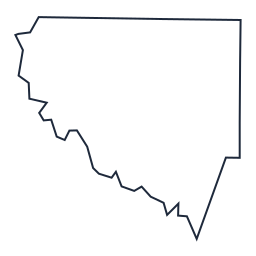 Upson, Georgia, United States of America (Equal Earth projection)
{"feature_id": "52423323B58492506722006", "entity_name": "Upson", "entity_type": "district", "adm_level": 2, "iso_a3": "USA", "parent_name": "United States of America", "parent_adm1": "Georgia", "projection": "equal_earth", "projection_center": [-84.356, 32.842], "detail": "fine", "context": "isolated", "style": "outline", "palette": "slate", "viewbox_px": 256, "rotation_deg": 0, "n_neighbors": 0, "source": "geoboundaries", "source_scale": "gbopen_adm2", "svg_char_len": 553}
<svg xmlns="http://www.w3.org/2000/svg" viewBox="0 0 256 256"><path d="M150.7,196.7L163.6,202.8L167.1,214.9L178.4,203.6L178.1,215.6L186.9,216.3L196.7,238.9L225.9,157.6L239.7,157.8L239.7,122.2L240.1,61.9L240.6,20.0L159.5,19.0L38.7,17.1L30.1,32.4L18.4,33.9L15.4,35.0L22.9,50.1L18.6,75.6L28.7,82.9L29.4,98.7L46.7,102.7L39.2,112.9L43.7,120.4L51.2,119.7L56.7,136.6L64.7,140.0L69.4,130.6L76.9,130.4L87.2,146.7L93.1,168.0L98.9,173.7L111.6,177.7L115.9,171.8L121.6,186.4L134.2,190.9L141.6,186.6L150.7,196.7Z" fill="none" stroke="#1e293b" stroke-width="2"/></svg>